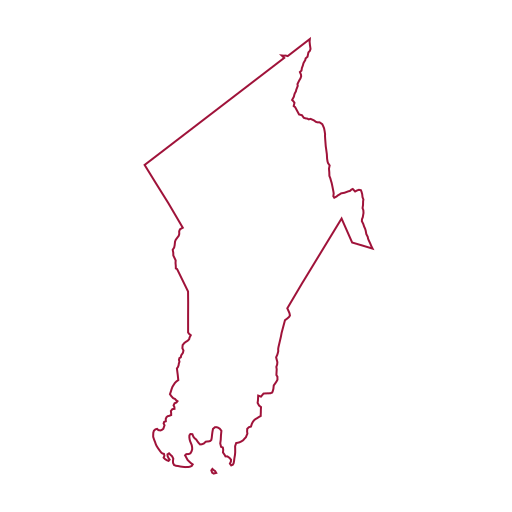 outline of Bragança, Pará, Brazil, rotated 183°
{"feature_id": "56859067B69976129931253", "entity_name": "Bragança", "entity_type": "district", "adm_level": 2, "iso_a3": "BRA", "parent_name": "Brazil", "parent_adm1": "Pará", "projection": "robinson", "projection_center": [-46.769, -1.181], "detail": "fine", "context": "isolated", "style": "outline", "palette": "rose", "viewbox_px": 512, "rotation_deg": 183, "n_neighbors": 0, "source": "geoboundaries", "source_scale": "gbopen_adm2", "svg_char_len": 4632}
<svg xmlns="http://www.w3.org/2000/svg" viewBox="0 0 512 512"><g transform="rotate(183 256 256)"><path d="M329.1,139.6L327.9,133.0L327.1,128.0L329.0,126.5L330.4,124.9L331.6,122.8L332.6,121.0L333.4,118.4L333.9,116.3L334.7,113.5L333.3,111.7L331.3,109.7L329.4,109.0L328.1,107.7L326.8,106.9L327.8,105.5L329.6,104.7L330.5,102.5L329.6,100.9L329.4,99.1L331.5,98.7L332.9,96.7L332.5,94.6L332.4,92.7L334.4,91.8L335.8,91.4L336.9,90.4L337.6,88.7L337.4,86.2L339.0,85.6L339.5,84.0L338.5,82.2L339.5,78.6L340.8,77.5L342.2,76.8L344.4,77.0L345.7,78.2L347.4,77.6L348.8,76.2L349.3,74.2L349.3,71.9L349.2,70.0L348.2,67.4L347.0,64.8L346.3,63.0L345.5,61.4L343.9,59.1L342.8,57.7L341.6,56.2L340.3,54.7L339.1,53.9L337.6,53.6L337.0,51.7L337.7,49.8L336.3,48.5L334.4,47.4L332.6,46.8L331.6,48.1L332.9,49.8L333.8,51.5L334.0,53.3L332.5,54.4L330.8,52.8L329.3,51.6L328.0,49.3L328.2,47.0L328.0,45.0L326.9,43.0L324.9,42.3L322.9,42.2L320.5,41.8L317.7,41.6L315.4,41.5L313.7,41.7L312.2,41.8L310.8,42.2L309.2,43.0L308.3,44.6L310.1,45.7L311.8,47.1L313.6,48.7L314.7,50.5L315.5,51.8L316.4,53.2L315.2,54.5L312.8,54.7L311.2,55.5L310.2,57.4L309.6,59.7L309.8,61.7L310.3,63.8L311.2,65.7L312.1,67.6L312.7,69.4L313.1,71.6L313.1,73.4L312.2,74.8L310.2,74.7L309.1,72.3L307.8,70.8L306.1,69.6L305.0,68.1L303.6,66.4L302.0,64.9L300.4,65.1L298.3,66.0L296.5,67.9L295.1,68.2L293.4,68.4L292.0,68.9L291.0,70.0L290.7,72.0L290.6,73.7L290.5,75.5L290.3,78.0L289.9,81.1L288.0,82.9L286.4,83.0L284.9,82.6L283.1,81.6L281.4,79.6L281.6,75.2L281.6,72.9L281.6,70.6L281.9,67.0L280.9,63.6L279.1,63.0L278.6,60.7L278.7,58.1L277.0,55.9L276.0,54.3L274.1,54.4L271.9,53.0L270.3,51.3L270.3,49.4L271.2,47.3L269.8,45.6L268.2,46.4L267.5,47.9L267.2,50.1L267.0,52.9L266.6,56.3L266.5,58.9L266.7,62.4L266.9,65.0L266.0,68.2L264.6,68.5L262.7,69.1L260.9,70.1L259.2,71.3L257.9,73.0L256.6,74.5L256.0,76.3L255.3,78.1L255.7,80.2L255.7,83.0L254.1,84.7L252.1,85.4L251.3,88.4L250.3,90.5L249.1,92.1L248.0,93.1L246.4,94.1L244.8,95.3L242.9,96.5L243.0,98.4L243.0,100.1L243.1,102.5L243.1,105.4L245.1,106.8L246.7,109.4L246.5,111.9L246.5,116.7L245.1,116.3L243.7,115.8L241.3,119.0L239.1,119.3L236.5,119.5L234.4,119.7L232.7,120.5L232.2,121.9L231.7,124.2L231.5,127.7L230.2,129.7L229.0,131.7L228.1,133.6L228.3,136.6L229.4,138.2L229.4,144.0L229.9,146.3L229.2,148.7L229.1,151.1L230.0,153.9L230.6,155.9L229.6,158.4L229.2,160.0L228.8,162.1L229.0,164.3L228.8,166.2L226.9,176.8L226.4,180.6L223.7,193.4L221.5,195.2L219.7,197.0L219.0,198.4L219.6,200.7L221.0,203.5L222.0,205.4L208.1,232.0L207.1,233.8L188.0,269.2L172.5,297.9L170.0,292.9L160.7,274.5L148.6,271.6L140.0,269.5L141.3,271.8L142.7,274.7L144.1,277.3L145.0,279.2L145.4,280.9L147.0,283.7L147.8,287.1L148.5,289.0L149.6,291.1L150.6,293.7L152.1,296.3L152.1,298.3L151.4,300.3L150.9,304.6L151.2,307.3L152.1,309.4L151.8,312.5L151.9,316.3L151.7,318.0L152.7,320.3L153.2,323.3L154.0,325.7L154.7,327.2L156.7,327.5L158.6,326.7L160.4,325.6L162.9,328.0L164.2,327.3L165.7,325.8L167.0,325.5L170.9,323.8L174.3,323.0L175.7,321.9L177.3,320.9L178.7,319.6L180.9,318.3L181.9,319.7L181.7,322.5L182.1,324.5L182.8,327.3L183.7,330.8L184.3,333.0L185.1,335.2L185.8,337.4L186.9,339.8L187.2,343.5L187.7,347.0L187.2,350.3L188.9,352.5L189.5,354.1L190.1,356.9L190.6,361.5L191.4,365.7L192.1,369.3L193.0,376.2L193.4,379.6L193.4,381.3L194.0,384.3L194.7,387.1L195.5,388.8L196.7,391.1L198.0,391.9L199.5,392.8L201.6,392.7L203.2,393.1L205.3,394.5L208.7,395.8L210.5,395.2L212.0,395.9L213.5,396.0L215.5,396.5L217.5,399.0L220.4,399.6L224.7,406.7L226.2,407.7L225.6,411.0L226.6,412.3L228.1,413.7L226.5,417.1L226.2,418.9L225.8,420.4L224.8,422.4L224.5,424.1L223.2,428.1L223.6,429.8L222.7,432.0L221.9,433.8L220.9,435.7L220.3,437.8L220.6,439.5L221.8,442.0L220.3,443.5L220.0,446.2L219.2,448.6L218.7,451.0L217.9,452.7L217.1,454.1L216.8,455.9L215.0,457.7L214.3,462.1L213.0,463.6L212.4,465.6L212.7,467.2L213.2,469.6L213.7,472.8L213.6,475.5L221.4,468.8L234.8,457.3L236.9,457.7L238.8,457.5L240.8,457.6L238.2,455.3L303.1,399.9L343.4,365.5L372.0,341.1L360.1,323.9L346.3,304.2L330.6,280.4L333.3,278.7L334.0,276.7L333.8,274.0L334.2,272.2L335.4,270.4L337.0,268.0L337.6,266.2L337.8,262.5L338.2,260.1L339.5,257.9L338.8,254.9L338.6,252.2L336.8,248.9L336.0,247.4L336.0,244.8L335.6,242.0L335.4,239.4L334.1,238.8L322.0,217.0L321.3,205.6L321.0,199.4L320.7,193.1L319.8,176.1L318.8,174.8L317.0,173.5L318.1,171.1L318.4,169.4L319.8,167.8L321.7,166.5L323.1,165.3L324.6,163.2L324.7,160.1L323.5,157.8L323.9,155.5L325.5,152.9L325.8,150.9L327.1,150.1L327.5,148.3L326.9,146.4L327.4,144.7L327.6,142.8L328.2,140.9L329.1,139.6ZM289.4,39.6L288.4,37.3L286.9,36.5L284.4,37.3L285.6,39.1L287.3,40.1L288.4,41.1L289.4,39.6Z" fill="none" stroke="#9f1239" stroke-width="2"/></g></svg>